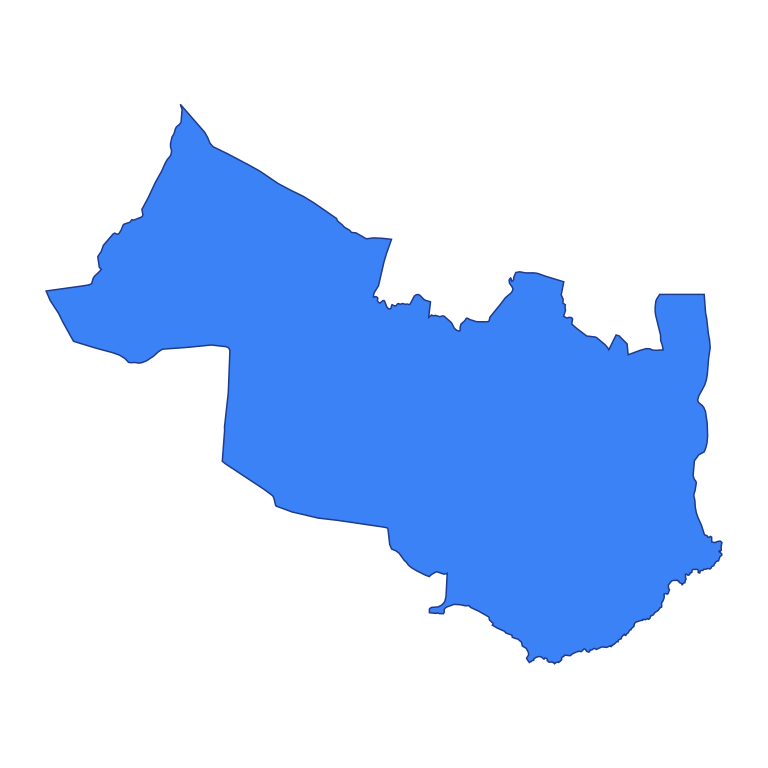 outline of Thuan Nam, Ninh Thuận, Vietnam
{"feature_id": "81297802B94482771357603", "entity_name": "Thuan Nam", "entity_type": "district", "adm_level": 2, "iso_a3": "VNM", "parent_name": "Vietnam", "parent_adm1": "Ninh Thuận", "projection": "albers", "projection_center": [108.912, 11.451], "detail": "fine", "context": "isolated", "style": "filled", "palette": "blue", "viewbox_px": 768, "rotation_deg": 0, "n_neighbors": 0, "source": "geoboundaries", "source_scale": "gbopen_adm2", "svg_char_len": 6117}
<svg xmlns="http://www.w3.org/2000/svg" viewBox="0 0 768 768"><path d="M180.3,104.3L182.1,109.7L181.0,122.3L179.5,124.4L176.4,126.9L175.3,129.1L174.1,133.5L171.9,137.3L170.5,143.8L170.5,146.9L171.6,150.7L171.1,154.0L170.1,156.2L167.3,159.5L165.7,162.2L161.6,171.2L155.2,182.7L148.2,197.7L141.9,209.4L142.9,214.8L142.4,216.2L141.4,217.1L133.8,220.1L131.8,219.7L130.1,222.1L124.0,224.2L123.1,225.1L121.0,230.3L118.9,233.6L118.1,234.1L116.8,234.1L114.7,233.1L113.1,234.0L103.4,245.3L101.1,251.7L98.2,255.9L97.8,256.8L99.3,267.4L101.3,269.2L99.7,271.3L94.5,276.2L93.3,278.0L91.6,283.7L88.8,284.9L82.7,285.9L46.1,291.0L50.2,300.5L58.6,313.4L62.7,321.8L73.5,341.3L96.0,348.2L112.4,352.6L119.5,355.1L124.9,358.5L128.5,362.3L130.9,362.7L135.0,362.5L139.0,363.1L142.1,362.6L146.7,360.7L153.5,356.2L158.2,351.9L162.4,349.2L188.3,347.3L211.4,345.0L226.0,346.7L227.5,347.2L229.0,348.3L229.9,350.8L228.3,392.5L224.5,427.0L224.6,430.6L222.3,461.3L225.4,463.8L264.1,489.4L271.7,495.0L273.0,496.2L273.9,498.3L275.7,505.6L276.4,506.2L292.2,512.0L318.3,518.1L336.4,520.2L382.4,526.9L387.0,527.8L387.6,528.3L388.0,529.4L389.7,544.5L391.6,549.0L395.9,550.8L399.1,553.2L404.5,560.7L405.8,561.6L408.5,565.2L411.2,567.5L416.5,570.7L425.1,575.0L429.2,576.6L431.8,574.3L436.5,571.7L443.8,574.1L446.0,573.9L447.2,573.3L446.0,596.5L444.8,601.5L443.2,603.6L441.3,605.3L438.1,606.9L431.6,607.4L429.9,608.4L429.4,609.2L429.4,612.7L436.2,613.4L437.5,612.9L439.3,613.6L443.3,613.7L444.1,612.6L444.2,609.6L445.1,608.2L446.8,607.0L453.9,604.4L460.1,604.7L465.5,605.8L469.1,605.6L469.7,606.6L471.0,607.6L478.7,611.2L488.5,616.8L489.0,617.3L489.4,619.9L493.0,623.4L493.1,624.1L492.3,625.1L497.3,628.1L504.3,631.2L506.1,633.1L512.0,635.2L512.2,637.2L514.8,638.3L517.9,639.1L521.5,642.2L522.3,646.0L526.3,648.4L528.4,652.5L528.6,655.1L526.9,657.5L526.6,658.6L529.2,662.3L529.4,661.9L530.7,661.9L532.5,660.4L533.6,660.3L533.8,659.1L535.9,657.4L538.9,656.5L541.8,657.1L543.5,659.0L544.3,659.0L544.9,658.0L546.7,658.5L547.4,659.4L547.2,660.6L547.8,660.7L548.3,661.8L549.4,662.2L552.6,662.0L553.3,662.9L554.2,662.7L554.7,663.7L556.0,662.6L558.0,662.0L558.6,662.5L558.9,662.3L559.1,661.8L559.7,661.7L561.7,659.7L561.6,657.8L562.1,657.1L563.7,656.5L564.7,655.1L569.9,655.7L570.7,655.4L572.0,654.1L576.6,651.9L579.7,651.2L580.9,651.7L581.6,651.4L584.0,649.0L585.2,649.2L586.6,651.3L588.6,652.1L589.6,651.7L590.1,649.9L591.7,650.0L593.9,648.5L594.8,648.5L596.3,649.4L602.0,646.9L606.6,647.4L610.3,645.8L610.7,646.5L611.1,646.6L611.6,645.5L612.7,645.5L613.3,644.3L614.2,644.2L616.9,641.6L618.1,641.7L618.0,640.9L619.0,639.6L621.2,638.8L621.8,636.8L624.2,634.3L625.0,635.3L625.8,635.4L626.4,634.2L628.2,632.8L629.8,630.0L631.0,629.7L631.8,628.2L633.9,626.4L634.4,623.9L635.5,622.3L640.3,620.6L642.6,620.3L642.6,619.7L643.4,619.3L645.4,619.7L647.8,618.6L648.4,619.3L648.9,619.2L649.9,618.3L650.7,616.0L653.3,614.9L654.8,612.6L658.0,610.6L659.9,608.0L661.7,607.0L661.6,602.8L662.8,601.2L664.2,597.7L664.1,594.1L665.5,593.6L667.3,594.1L668.0,593.7L669.5,589.7L668.6,588.3L668.3,585.6L668.5,584.8L671.6,581.0L673.6,580.3L675.3,580.5L677.0,580.1L677.9,581.0L678.8,581.0L679.3,582.5L681.8,583.7L682.0,584.7L682.3,584.7L683.7,582.9L684.8,582.8L685.4,580.2L686.1,579.0L685.6,577.9L685.5,574.2L687.0,574.3L687.4,575.0L688.7,575.2L689.7,574.4L690.2,572.6L691.0,572.8L691.8,572.4L692.1,570.1L693.0,569.4L697.4,569.4L698.3,570.3L698.2,572.6L699.6,573.0L700.0,572.6L699.9,571.1L701.2,570.5L702.8,570.4L703.9,569.2L706.2,569.2L707.1,568.6L708.9,568.5L709.4,569.0L710.2,568.7L711.0,568.2L711.7,566.6L713.8,565.7L714.3,564.2L716.4,561.3L718.5,560.9L719.9,556.8L721.8,555.1L721.7,553.7L718.9,551.6L719.3,550.8L719.7,550.7L720.3,551.3L721.3,550.2L721.1,546.8L721.9,542.5L720.6,541.3L719.7,541.1L716.8,541.7L715.0,542.6L711.8,542.0L711.6,537.1L710.5,536.4L709.5,537.1L707.9,537.2L706.9,535.6L705.0,535.1L704.2,534.0L701.6,525.6L697.7,516.9L696.3,512.5L695.3,507.4L694.9,500.5L693.9,496.3L693.9,494.3L695.1,490.5L696.3,482.8L695.7,480.9L694.3,479.3L693.1,475.6L694.4,460.8L698.8,454.8L704.2,451.9L705.9,447.6L707.0,443.1L707.6,436.2L707.2,423.1L705.5,411.6L703.7,407.3L702.3,405.6L698.6,402.5L697.6,400.2L698.8,395.9L704.6,385.2L706.4,379.8L707.3,374.4L708.7,357.5L710.2,347.7L709.5,339.7L708.4,334.0L706.7,318.5L705.6,313.1L704.2,294.4L659.7,294.4L656.6,299.2L655.8,301.3L655.2,306.7L655.1,311.3L655.7,315.5L660.5,334.9L660.7,340.5L662.1,344.6L663.2,349.9L656.3,350.3L652.6,350.1L649.9,348.8L646.3,348.6L640.2,350.3L628.1,354.8L627.1,343.9L619.0,335.8L616.1,335.0L608.8,349.8L607.7,347.8L605.3,344.9L596.5,337.5L595.1,337.0L586.7,336.0L576.7,328.4L571.7,324.0L572.6,319.1L572.2,318.3L571.1,317.5L568.6,317.4L567.0,318.1L563.6,316.2L565.5,310.5L565.0,307.1L565.4,304.9L562.9,303.0L563.1,299.1L561.2,294.8L563.8,281.8L545.5,276.2L537.6,273.4L534.1,272.9L525.5,272.9L519.8,271.8L515.8,272.5L513.8,277.2L513.6,279.2L513.0,280.7L512.1,281.2L511.5,281.0L511.1,278.6L510.6,278.0L509.3,279.5L509.1,280.5L509.5,283.2L512.6,287.7L512.9,289.0L512.3,291.2L511.0,293.0L505.4,297.7L500.5,304.2L490.0,317.1L489.0,321.0L488.5,321.5L486.5,321.8L476.6,321.7L469.9,319.6L468.0,318.4L466.4,318.2L464.9,320.6L460.9,324.2L460.1,327.7L460.2,330.1L459.8,330.8L459.0,331.1L456.5,330.2L454.3,328.2L451.4,322.6L444.0,316.1L442.5,315.9L439.8,316.7L435.4,315.4L433.2,315.8L431.5,315.0L428.7,317.4L430.5,301.8L426.3,300.6L424.1,299.6L419.9,295.3L418.4,294.5L416.1,294.8L414.3,296.1L410.1,304.1L408.7,304.5L407.2,304.0L405.2,304.3L402.6,303.5L400.1,304.3L398.5,303.6L397.7,303.7L395.9,305.8L394.6,305.9L392.1,304.7L391.7,305.1L391.0,308.1L390.5,308.8L388.9,309.0L386.9,307.1L384.5,301.0L383.9,300.5L382.9,300.6L380.0,303.0L378.6,302.5L377.4,300.6L377.8,298.3L377.5,297.6L376.4,296.8L375.2,296.7L373.5,297.1L373.6,294.5L374.5,292.2L378.5,285.8L383.9,262.3L386.5,253.5L391.5,239.3L382.2,238.3L373.5,237.9L366.3,238.8L356.1,232.9L351.4,232.4L349.7,230.3L344.4,227.2L342.1,224.7L338.5,221.8L337.1,220.3L336.7,218.6L313.8,202.8L303.2,196.3L290.6,190.2L277.9,183.4L260.1,171.3L249.0,165.1L227.4,153.7L213.0,146.7L210.0,143.2L207.6,137.4L204.7,132.3L180.3,104.3Z" fill="#3b82f6" stroke="#1e3a8a" stroke-width="1.5"/></svg>